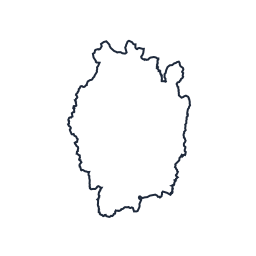 outline of Muong Te, Lai Chau, Vietnam, rotated 221°
{"feature_id": "81297802B94651516294700", "entity_name": "Muong Te", "entity_type": "district", "adm_level": 2, "iso_a3": "VNM", "parent_name": "Vietnam", "parent_adm1": "Lai Chau", "projection": "natural_earth1", "projection_center": [102.647, 22.474], "detail": "fine", "context": "isolated", "style": "outline", "palette": "slate", "viewbox_px": 256, "rotation_deg": 221, "n_neighbors": 0, "source": "geoboundaries", "source_scale": "gbopen_adm2", "svg_char_len": 5804}
<svg xmlns="http://www.w3.org/2000/svg" viewBox="0 0 256 256"><g transform="rotate(221 128 128)"><path d="M150.7,200.4L151.6,199.7L153.3,199.5L155.1,198.5L157.3,195.8L157.7,194.3L157.6,193.0L157.9,192.5L158.6,192.0L158.7,191.6L160.0,191.1L160.1,190.6L160.6,190.8L161.2,190.0L162.5,189.7L164.0,189.8L164.9,190.6L164.9,192.2L165.4,193.8L165.8,194.8L168.0,198.1L168.7,197.4L172.0,195.8L172.7,194.8L172.8,193.6L173.2,193.3L174.4,193.3L175.4,193.7L177.2,196.0L177.9,195.3L179.1,194.9L181.2,195.4L184.0,194.6L184.5,194.4L184.8,193.8L184.9,192.5L184.3,191.1L184.1,189.9L183.3,188.5L182.9,186.9L178.6,184.1L178.8,182.6L179.2,182.1L181.3,180.7L183.3,180.4L185.4,178.5L185.7,177.9L186.7,177.8L189.0,177.0L193.6,177.1L195.6,177.8L196.7,178.7L201.2,179.2L202.7,177.0L203.5,173.7L201.5,172.5L200.9,169.4L201.5,168.1L202.1,168.1L202.5,167.7L203.8,165.6L203.8,164.9L202.6,162.9L203.2,161.0L200.2,158.6L196.2,157.5L195.7,156.8L194.7,156.8L192.3,158.6L191.2,155.1L191.2,153.5L189.9,152.3L189.2,150.8L188.3,150.1L187.6,145.6L187.1,144.7L187.3,142.9L186.9,141.2L187.3,140.2L188.1,139.2L188.9,136.7L187.9,134.0L187.3,133.5L187.8,132.6L187.8,130.9L188.2,130.0L189.4,129.4L190.3,129.4L191.1,128.3L190.5,126.1L190.7,125.1L189.6,123.6L189.6,122.3L189.2,121.8L189.2,120.6L189.4,120.0L189.0,118.8L187.9,118.7L186.4,118.0L186.2,117.2L186.4,115.9L185.8,114.8L186.3,114.2L184.8,113.5L184.2,113.5L183.9,112.7L182.9,112.1L181.7,111.0L181.8,110.3L183.3,109.0L183.3,108.7L182.8,108.2L182.4,108.1L182.7,107.9L182.5,107.3L182.0,107.5L181.9,107.0L181.5,106.9L181.2,107.1L180.5,106.2L179.1,104.9L179.1,104.5L179.8,103.9L180.1,102.3L177.5,100.3L177.7,100.0L177.8,98.5L178.5,98.3L179.1,97.1L178.4,95.0L177.7,94.5L177.2,94.7L176.8,94.5L176.7,93.9L175.4,92.6L175.7,91.5L174.0,90.8L172.6,91.0L171.4,90.7L170.8,89.9L171.0,88.8L170.8,88.5L168.8,87.4L168.4,87.4L167.0,86.5L166.0,86.5L165.1,87.8L163.4,87.0L161.5,87.5L159.7,86.6L158.6,86.6L158.0,85.1L157.3,84.2L157.8,83.1L158.2,82.9L158.1,82.6L158.5,81.9L157.8,81.4L156.0,81.1L155.4,80.7L153.2,80.8L152.2,79.9L151.4,78.3L150.7,77.8L151.0,76.7L149.9,75.0L149.6,75.3L147.5,75.2L146.7,75.7L146.1,75.4L145.7,74.8L144.8,74.1L144.6,72.9L144.1,72.0L143.5,72.0L142.8,72.5L142.1,71.9L140.7,71.6L140.6,68.8L140.2,68.0L139.3,67.7L139.1,67.1L138.3,67.2L135.9,65.5L135.5,65.5L135.4,66.1L134.5,66.7L131.8,67.2L131.1,67.8L129.4,68.4L128.5,69.3L128.2,68.3L127.4,67.1L126.5,66.4L125.7,66.4L124.4,64.8L122.7,63.6L120.4,60.6L119.4,60.0L119.2,59.4L118.4,58.4L117.7,58.4L117.2,57.5L115.9,57.5L115.5,57.7L114.4,59.1L112.8,60.4L112.5,61.7L112.5,63.2L112.7,63.5L112.3,64.6L111.0,65.0L109.4,65.0L108.7,65.6L108.5,64.5L108.7,63.5L107.9,62.6L108.0,61.3L107.7,61.1L107.6,60.2L106.4,58.3L105.2,58.1L105.1,57.5L104.5,57.2L104.6,56.7L104.1,55.9L104.2,55.5L103.9,55.3L104.1,55.0L103.9,54.6L104.2,53.9L103.0,53.7L100.9,51.1L100.8,50.7L99.5,49.5L98.7,49.5L97.8,48.5L97.1,48.2L96.6,47.3L96.1,47.2L96.1,46.7L94.9,45.3L94.0,45.7L93.1,44.8L92.6,44.9L92.3,44.6L90.9,45.0L90.6,45.3L88.9,45.2L88.5,45.8L88.6,46.9L88.3,47.3L87.9,47.7L87.7,47.4L86.5,47.3L83.8,48.6L83.2,49.9L83.2,50.6L82.1,51.3L81.9,52.7L82.2,53.2L82.3,53.9L81.6,54.9L82.1,55.8L82.8,56.4L83.1,57.8L82.5,57.9L81.3,59.1L81.0,59.0L80.3,59.6L79.5,61.4L79.8,62.0L79.8,62.4L79.1,63.1L78.6,64.3L78.7,65.1L78.3,66.3L76.6,67.6L75.7,68.8L74.6,68.7L73.6,69.3L73.1,70.5L71.9,70.9L68.7,69.0L66.9,70.6L66.3,71.6L67.4,75.5L68.1,76.8L69.5,78.1L70.9,82.5L71.7,82.7L72.0,82.3L73.1,82.1L74.0,82.5L74.5,83.4L74.5,83.8L74.0,84.3L72.3,84.3L71.0,84.8L69.9,86.6L68.1,88.5L67.1,91.3L63.7,95.6L61.6,96.1L60.2,95.7L59.4,96.6L58.3,96.5L57.9,98.5L58.5,99.3L58.7,100.2L59.9,101.4L60.0,102.9L56.0,104.7L52.3,105.4L52.4,105.9L52.2,106.1L52.6,106.7L52.2,107.4L52.7,107.5L52.4,107.8L52.8,108.1L52.5,109.0L53.2,109.1L53.6,110.0L54.1,110.4L54.0,110.9L54.4,111.7L55.1,111.7L55.2,112.1L56.3,113.4L57.2,113.1L56.7,114.2L56.1,114.8L56.4,115.0L56.2,115.3L56.3,116.1L56.9,116.6L57.4,117.9L57.4,118.6L57.9,118.8L57.6,119.4L58.5,119.4L58.1,120.2L58.2,121.0L58.5,121.3L58.2,122.1L58.4,122.9L58.2,123.4L60.6,123.5L61.0,123.9L60.9,125.1L61.6,127.7L62.6,127.7L63.5,128.6L64.9,128.7L65.8,129.3L66.9,129.3L67.4,130.8L68.5,131.6L68.1,137.2L69.5,139.2L69.4,140.6L69.8,143.1L69.3,143.1L68.3,142.3L68.2,143.2L68.5,143.9L67.9,144.7L67.2,145.0L67.6,146.1L68.0,146.4L68.3,147.3L68.9,147.9L69.8,147.7L70.2,147.9L71.1,149.1L71.5,150.3L72.2,151.3L74.1,151.3L75.3,152.5L75.7,153.3L75.7,154.6L76.2,156.2L77.5,156.8L78.4,157.5L79.5,157.4L80.5,158.5L81.4,159.0L82.1,160.1L82.2,161.0L83.1,161.8L83.1,164.2L84.7,165.3L86.0,167.4L87.0,168.0L87.2,170.0L88.9,171.8L89.5,173.3L90.3,173.8L90.9,174.8L90.7,175.8L90.9,176.4L91.7,177.4L92.0,177.0L92.3,177.2L93.3,178.4L94.9,181.1L95.2,181.9L95.1,182.8L95.8,184.0L96.1,185.9L97.4,186.8L98.5,188.2L100.7,189.9L101.3,189.9L101.7,190.5L103.1,191.0L105.5,190.4L106.4,188.8L106.6,187.7L107.5,186.0L111.0,186.0L111.9,187.0L112.5,187.5L112.9,188.2L114.3,189.1L114.5,189.9L115.9,190.7L116.9,191.9L117.8,191.7L119.2,192.7L120.2,193.1L120.5,194.9L119.5,196.3L119.8,197.7L119.5,198.4L119.9,199.0L120.1,199.9L119.7,201.4L120.0,202.9L121.0,203.2L122.4,205.7L123.7,205.7L124.1,206.0L124.3,207.5L124.8,208.7L126.1,209.4L128.4,209.1L129.3,209.2L130.9,210.1L131.7,211.0L133.2,211.4L134.3,209.8L134.6,208.3L135.5,207.2L135.9,204.5L137.6,202.7L138.1,199.9L137.1,196.7L135.7,194.2L135.7,192.5L134.5,191.3L133.9,190.3L131.9,189.7L131.3,188.7L129.9,188.0L130.0,187.6L131.3,187.1L133.3,185.5L134.3,186.6L134.4,187.1L136.0,188.6L137.0,189.2L136.8,189.7L137.6,190.1L138.0,189.8L139.0,190.1L139.2,190.6L140.0,190.8L141.0,192.0L142.0,191.2L142.2,191.9L142.7,191.6L143.6,192.1L145.3,192.1L145.2,192.9L145.7,192.8L145.7,193.5L146.3,193.3L146.7,193.5L146.6,194.1L147.6,194.7L147.8,196.0L148.4,196.2L148.6,197.0L149.6,197.7L149.8,198.2L150.1,198.5L150.0,199.6L150.7,200.4Z" fill="none" stroke="#1e293b" stroke-width="2"/></g></svg>